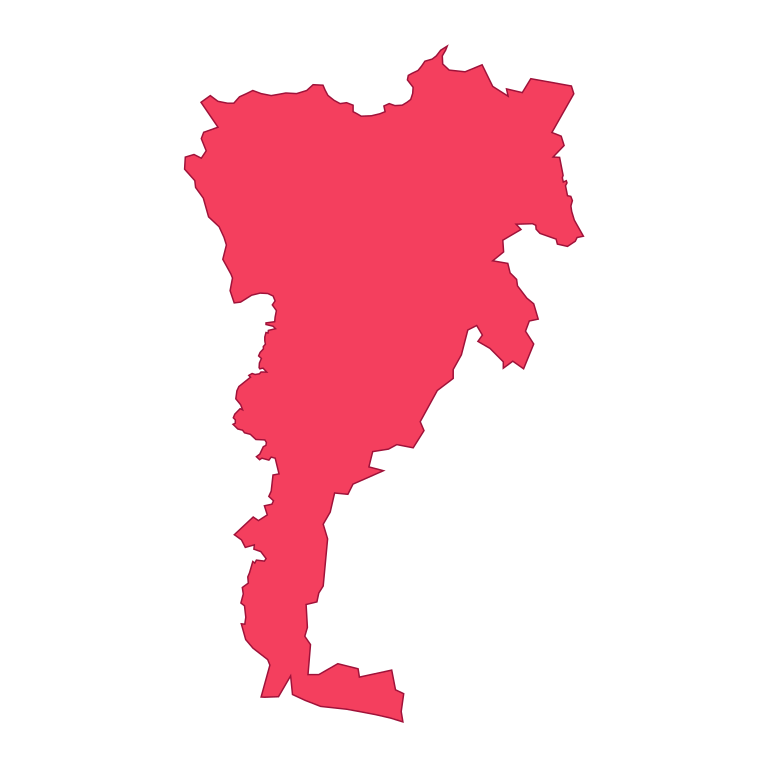 outline of Kokkina, Nicosia, Cyprus
{"feature_id": "46923920B39759064245656", "entity_name": "Kokkina", "entity_type": "district", "adm_level": 2, "iso_a3": "CYP", "parent_name": "Cyprus", "parent_adm1": "Nicosia", "projection": "mercator", "projection_center": [32.601, 35.162], "detail": "fine", "context": "isolated", "style": "filled", "palette": "rose", "viewbox_px": 768, "rotation_deg": 0, "n_neighbors": 0, "source": "geoboundaries", "source_scale": "gbopen_adm2", "svg_char_len": 3428}
<svg xmlns="http://www.w3.org/2000/svg" viewBox="0 0 768 768"><path d="M264.5,697.2L278.5,696.7L290.6,675.9L290.9,678.6L292.5,694.5L305.2,700.4L320.6,706.4L346.5,709.2L360.8,711.8L375.5,714.6L390.3,718.0L402.9,721.9L401.2,711.5L403.7,693.7L395.5,689.8L391.7,670.1L359.4,677.1L358.1,668.8L337.8,663.7L318.8,674.6L308.0,674.6L310.5,644.6L304.8,636.3L307.4,627.4L306.1,604.5L316.9,601.9L318.8,593.0L323.2,586.0L327.6,538.9L323.2,524.2L330.2,512.1L334.6,493.0L347.9,494.3L353.0,484.1L383.4,470.7L368.9,466.9L372.7,451.6L388.5,449.1L396.8,444.6L413.2,447.8L424.0,430.6L420.2,421.7L437.3,390.5L453.2,378.4L453.2,369.5L461.4,354.8L467.8,330.0L476.7,325.5L482.4,335.1L477.9,341.4L490.0,348.4L503.3,361.8L503.3,368.2L512.8,361.2L523.6,368.8L533.7,344.0L525.5,331.2L529.3,321.0L538.2,319.1L533.7,303.8L526.8,298.1L517.5,285.9L516.6,279.4L510.1,272.9L507.8,263.4L492.7,260.8L503.6,251.9L502.8,240.2L521.0,229.5L516.1,224.2L532.5,223.7L535.8,225.3L536.1,229.2L540.0,233.4L556.1,239.1L557.4,244.1L567.5,246.4L575.3,241.2L577.1,237.5L583.4,236.2L574.3,220.1L571.7,211.5L570.9,206.0L572.4,200.6L570.8,196.4L567.5,195.7L565.5,185.7L567.0,182.9L566.3,180.7L563.3,182.0L562.3,177.7L563.1,175.4L559.6,157.4L553.1,157.0L564.1,145.5L561.2,136.2L551.9,132.5L573.8,93.8L571.4,86.0L530.8,78.7L522.3,92.6L506.5,88.9L508.1,96.2L492.7,86.4L482.1,64.8L465.1,71.8L449.2,70.1L442.7,64.0L442.3,55.9L445.6,50.2L447.2,46.1L440.7,50.2L436.3,55.9L432.2,59.1L424.9,61.2L421.6,66.1L418.0,70.5L411.9,73.4L408.3,75.4L407.4,79.9L413.1,87.3L412.7,93.4L410.7,99.5L407.0,102.3L402.2,105.2L394.9,105.6L389.2,103.6L383.9,106.0L385.1,111.7L379.8,113.8L371.3,115.8L361.2,116.2L357.1,113.8L353.1,111.7L353.1,105.2L346.6,102.7L340.1,103.6L334.0,100.3L327.9,95.4L325.1,90.1L323.0,85.2L313.1,84.7L306.7,90.5L296.6,93.6L285.8,93.0L278.8,94.3L271.2,95.6L261.1,93.6L252.8,90.5L246.5,93.6L239.5,96.8L233.8,103.2L227.5,103.2L217.9,101.3L210.3,95.6L201.0,102.3L218.0,127.2L203.7,132.3L201.3,138.6L206.2,150.8L201.3,158.2L194.0,154.5L185.3,157.1L184.6,169.2L194.8,180.6L195.6,187.5L203.3,198.1L208.6,216.9L219.1,226.7L224.0,237.3L226.4,245.0L222.8,259.3L230.9,274.0L232.5,278.0L230.1,290.7L234.2,302.9L240.6,302.1L251.6,295.2L260.1,293.1L267.8,293.5L273.1,296.0L275.1,300.9L272.3,304.9L276.4,310.6L275.1,317.2L274.7,321.7L266.0,322.9L266.0,324.5L273.0,326.2L275.5,328.7L268.4,330.4L268.0,333.0L266.0,332.5L264.8,337.0L264.8,340.8L265.4,344.2L263.3,346.5L263.4,348.9L260.1,352.4L258.6,355.9L261.4,358.5L259.4,363.0L259.1,367.7L259.9,368.9L261.5,368.4L263.1,368.2L266.7,372.1L261.0,372.0L259.4,373.8L255.1,374.5L252.1,373.5L248.8,375.4L250.5,377.2L238.9,386.5L236.9,390.8L235.8,398.8L240.7,404.8L242.6,409.8L240.1,408.7L234.8,414.1L233.3,417.8L235.3,419.8L235.3,423.2L233.0,424.3L237.8,429.0L242.6,430.2L244.5,432.8L250.3,434.3L255.9,439.5L264.8,439.9L266.4,442.5L265.9,445.4L263.3,446.7L259.8,454.1L256.4,456.7L259.6,459.7L261.9,458.2L268.9,460.1L271.2,457.1L275.2,458.2L279.0,473.9L273.0,475.0L271.2,491.1L268.8,496.4L273.5,500.8L271.9,504.2L264.4,505.8L267.3,514.9L258.4,520.6L253.2,517.0L234.3,534.7L241.5,539.9L245.3,547.4L254.3,544.9L253.9,549.2L260.8,551.6L266.1,558.6L264.4,561.1L256.4,560.1L254.8,563.1L252.8,561.5L249.5,572.9L247.8,576.9L248.3,583.1L242.3,587.5L243.3,594.0L242.6,596.5L240.9,603.0L244.5,605.8L245.8,617.3L244.8,624.2L241.3,623.8L245.7,639.6L253.0,648.2L267.7,659.6L269.9,665.1L261.1,697.0L264.5,697.2Z" fill="#f43f5e" stroke="#9f1239" stroke-width="1.5"/></svg>